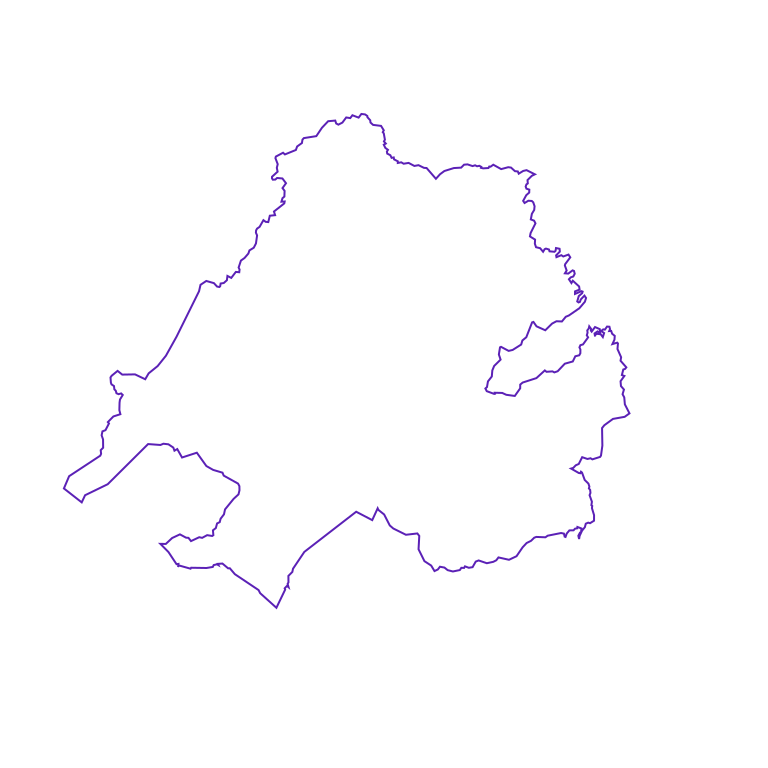 Mineral del Chico, Hidalgo, Mexico (Natural Earth projection), rotated 26°
{"feature_id": "50627088B7375180759148", "entity_name": "Mineral del Chico", "entity_type": "district", "adm_level": 2, "iso_a3": "MEX", "parent_name": "Mexico", "parent_adm1": "Hidalgo", "projection": "natural_earth1", "projection_center": [-98.75, 20.22], "detail": "fine", "context": "isolated", "style": "outline", "palette": "violet", "viewbox_px": 768, "rotation_deg": 26, "n_neighbors": 0, "source": "geoboundaries", "source_scale": "gbopen_adm2", "svg_char_len": 6165}
<svg xmlns="http://www.w3.org/2000/svg" viewBox="0 0 768 768"><g transform="rotate(26 384 384)"><path d="M203.8,289.6L203.3,297.3L201.8,300.0L201.7,302.0L202.5,304.1L204.8,306.1L207.3,313.8L207.2,318.6L204.5,322.9L204.9,326.2L203.4,331.9L201.3,335.8L202.3,343.1L204.0,344.4L204.9,347.0L201.7,348.2L200.2,355.6L195.9,355.5L197.3,359.6L195.7,363.5L193.1,365.3L193.9,368.0L193.5,369.0L191.2,369.6L186.9,367.9L179.1,369.3L175.6,375.3L177.1,381.7L176.8,432.4L175.6,454.2L172.7,467.1L167.8,477.6L167.3,484.4L156.0,484.5L144.6,490.3L138.8,489.0L135.6,496.0L135.3,498.0L138.0,502.6L139.3,503.8L142.2,504.2L144.0,507.0L145.8,507.6L147.6,509.6L149.9,509.5L151.9,507.7L154.0,508.4L153.5,513.7L154.5,516.7L157.6,523.5L160.3,526.7L155.0,531.8L152.5,539.3L154.1,540.0L153.9,547.6L151.7,550.0L152.7,553.9L155.8,557.0L159.5,564.4L158.4,567.7L160.3,570.7L160.4,572.8L141.4,604.9L142.1,618.2L164.2,622.9L164.1,615.0L179.6,595.2L198.3,541.4L209.8,536.8L211.9,534.4L216.7,532.7L222.5,533.5L224.9,535.8L226.7,533.1L234.7,538.6L245.9,527.8L260.3,535.6L268.1,536.1L277.7,534.5L280.1,536.6L296.5,537.5L298.8,539.2L300.7,542.9L301.6,547.0L299.2,553.1L296.1,566.4L297.3,571.3L296.2,576.7L296.9,580.2L295.1,582.5L296.0,587.2L294.4,590.5L296.9,594.7L296.2,595.9L291.3,597.4L288.0,602.0L285.1,602.7L279.4,609.8L275.7,608.0L273.4,608.9L266.5,608.6L261.1,615.3L258.0,623.4L253.1,625.7L263.9,629.5L276.5,636.9L278.1,635.8L279.1,638.7L279.1,637.0L291.1,634.8L291.2,633.7L305.1,627.2L310.3,623.5L310.3,621.4L312.9,619.3L314.6,619.4L313.5,618.5L317.5,616.2L324.7,618.0L326.2,617.2L333.3,620.3L361.6,624.2L364.4,626.3L385.4,632.3L385.3,612.1L384.3,611.2L385.3,608.0L387.3,608.5L385.0,605.9L385.1,604.2L382.2,598.4L384.0,593.1L383.2,589.9L386.0,569.8L415.0,511.0L433.1,511.5L432.8,498.5L434.1,499.6L441.3,501.2L451.2,508.6L455.7,509.8L469.8,509.9L479.5,503.7L482.3,505.1L487.5,517.4L498.0,525.5L506.0,526.5L511.4,530.0L513.7,527.1L514.4,523.7L518.8,522.5L522.8,523.4L528.1,522.3L533.7,518.0L534.1,515.3L536.6,514.2L536.7,512.4L540.8,512.0L543.9,509.8L544.3,503.4L546.4,501.1L555.0,500.0L560.2,495.9L562.2,493.2L562.9,489.7L573.4,487.2L578.6,480.7L580.2,469.9L581.9,464.4L584.9,460.5L586.4,456.3L587.9,454.7L596.3,451.0L597.6,448.6L608.5,440.3L611.3,439.6L613.3,442.0L614.2,441.9L613.8,438.3L614.8,434.3L618.5,432.4L619.1,430.3L620.9,429.0L620.5,427.7L624.8,427.3L626.1,430.9L626.1,432.1L625.3,432.0L625.2,435.2L627.3,437.8L626.4,434.8L626.3,429.0L627.3,424.6L626.6,421.1L628.3,419.1L630.2,418.8L632.7,414.8L630.3,409.8L625.3,404.4L624.6,402.3L623.5,402.0L622.5,398.7L617.5,393.8L617.3,391.4L615.7,388.8L613.9,388.0L613.6,386.2L611.4,383.9L606.5,382.3L600.8,376.8L599.5,376.5L599.6,378.1L598.1,378.6L589.2,378.0L590.9,376.4L592.0,373.0L594.1,370.5L594.2,362.9L599.7,362.2L602.2,360.2L604.3,360.4L610.2,354.8L610.4,353.2L607.3,343.7L599.3,328.0L600.1,324.5L605.1,315.0L614.7,308.0L617.5,302.8L609.4,296.7L605.8,290.7L602.9,288.6L602.1,283.8L597.9,282.0L595.4,277.8L596.5,271.4L593.9,271.7L592.7,266.1L594.1,264.7L594.5,262.8L586.4,259.4L585.4,256.0L578.5,250.2L576.5,245.0L575.5,244.6L571.8,248.0L571.7,243.1L570.3,239.6L567.0,238.8L564.9,236.7L563.2,237.7L563.1,235.6L561.5,233.7L559.3,234.6L558.7,238.3L557.1,238.8L555.9,241.2L559.5,241.7L560.1,245.9L557.0,244.3L553.5,245.5L552.1,247.5L552.9,248.8L551.1,246.3L552.9,243.1L555.9,243.4L553.9,240.1L548.7,240.3L547.7,245.9L546.5,245.3L546.0,243.7L543.2,242.2L543.7,244.5L543.2,246.7L544.5,248.7L544.9,251.3L547.0,252.6L545.5,261.2L543.5,263.0L543.6,265.4L545.4,266.9L547.0,270.3L546.9,272.6L543.8,275.2L543.8,281.0L537.6,286.5L534.5,296.4L532.0,298.9L529.9,298.8L524.7,301.8L522.6,301.3L518.4,311.9L508.0,321.9L506.7,324.8L508.3,328.2L506.8,337.4L498.6,340.1L494.2,340.2L487.4,343.3L488.0,344.1L487.4,344.6L479.5,345.4L477.1,343.6L477.9,341.6L476.3,336.1L477.6,330.0L475.4,324.3L475.1,319.5L478.1,311.0L474.3,307.1L472.2,300.2L472.9,299.3L481.5,299.6L484.7,297.0L490.0,288.4L489.3,284.2L491.4,279.6L490.1,263.7L491.1,262.7L495.8,265.3L505.4,265.0L508.6,256.0L511.5,252.0L516.5,249.8L517.9,243.9L520.1,241.4L526.4,230.2L528.5,222.0L527.9,218.1L525.4,216.7L523.8,221.8L524.1,224.3L523.1,225.4L521.5,225.1L520.5,219.6L522.3,215.5L522.0,213.9L520.8,214.0L516.2,219.3L515.1,217.0L518.4,213.4L516.6,210.8L508.4,208.4L508.2,211.1L504.3,208.8L505.1,206.3L507.0,204.4L507.1,201.3L505.2,199.1L503.7,199.2L501.2,204.0L498.1,205.2L498.4,201.9L494.6,198.2L494.3,196.9L495.9,188.5L493.1,186.8L489.2,190.8L486.9,190.5L483.4,194.4L482.3,192.9L484.0,188.0L483.3,186.7L482.5,185.5L479.0,186.4L479.8,189.1L479.3,190.4L474.6,192.2L473.3,190.8L470.2,191.3L469.3,192.4L469.0,195.4L464.8,193.5L460.7,194.4L458.1,191.8L456.5,188.0L450.5,187.4L449.6,184.1L449.7,173.2L447.3,171.4L443.8,171.7L442.3,166.2L442.7,161.7L441.4,158.2L438.5,155.3L436.6,154.7L433.4,156.0L431.0,159.7L428.8,158.4L429.1,151.9L430.6,148.3L429.4,145.6L426.4,146.0L424.8,144.5L424.5,142.2L425.3,140.7L423.6,137.8L425.6,132.1L427.7,129.4L418.4,129.3L415.7,131.5L412.9,135.9L411.1,134.3L408.4,135.3L403.3,133.8L400.6,134.7L395.1,139.5L386.1,139.0L384.5,142.0L383.3,142.4L383.2,144.1L378.6,146.7L376.4,147.2L376.3,146.2L374.0,146.1L372.2,147.5L370.0,147.5L368.1,149.3L362.8,150.0L359.8,151.8L358.5,155.7L352.1,159.3L344.9,166.1L342.4,170.9L340.7,176.8L327.6,171.2L325.2,172.2L319.1,172.2L315.7,174.7L309.2,174.5L305.1,177.4L302.3,177.2L299.5,179.3L298.8,177.8L294.6,177.7L293.4,176.1L291.7,177.4L289.4,175.6L285.9,175.5L284.7,173.8L284.9,171.8L281.7,171.2L278.9,169.0L280.2,167.1L277.6,166.0L277.7,164.0L273.9,158.8L272.5,158.2L272.6,156.1L268.2,153.3L260.6,155.9L257.2,154.9L256.0,153.0L252.2,151.5L251.5,150.4L248.8,150.0L245.3,151.2L244.4,155.7L237.8,156.3L237.1,159.8L233.2,161.0L232.0,167.3L229.3,170.9L226.8,170.8L224.7,168.6L218.6,172.3L215.9,180.9L214.5,190.9L204.2,198.1L203.6,200.1L204.6,203.4L201.8,208.6L202.2,212.3L194.3,221.1L191.9,220.4L187.1,227.0L187.4,228.6L192.1,233.0L192.9,236.7L195.3,239.8L192.5,246.8L193.1,248.2L194.5,249.1L196.7,247.9L197.6,245.7L202.6,243.8L207.9,246.5L206.9,252.4L210.0,254.0L212.3,259.2L211.3,261.5L211.9,265.1L214.7,263.5L215.2,265.4L209.5,277.2L212.1,280.0L207.6,282.8L209.0,289.2L206.6,290.1L203.8,289.6Z" fill="none" stroke="#5b21b6" stroke-width="2"/></g></svg>